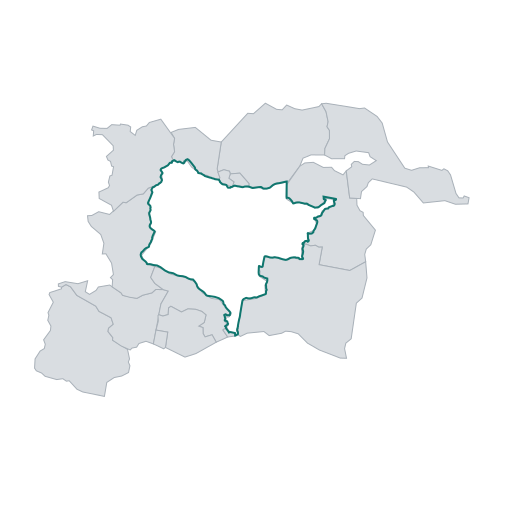 Democratic Republic of the Congo highlighted among its neighbors, rotated 280°
{"feature_id": "COD", "entity_name": "Democratic Republic of the Congo", "entity_type": "country or territory", "adm_level": 0, "iso_a3": "COD", "parent_name": "Africa", "parent_adm1": "", "projection": "robinson", "projection_center": [23.721, -4.071], "detail": "fine", "context": "with_neighbors", "style": "outline", "palette": "teal", "viewbox_px": 512, "rotation_deg": 280, "n_neighbors": 14, "source": "natural_earth", "source_scale": "50m", "svg_char_len": 12734}
<svg xmlns="http://www.w3.org/2000/svg" viewBox="0 0 512 512"><g transform="rotate(280 256 256)"><path d="M362.2,202.0L395.1,223.1L395.7,228.8L408.1,238.7L404.0,250.8L404.5,256.4L410.0,260.0L407.8,268.5L407.7,276.1L414.1,292.0L417.3,294.2L410.3,299.9L400.8,303.7L395.6,303.5L392.5,306.5L384.2,308.0L373.9,305.2L367.4,306.0L365.1,292.6L360.5,285.3L352.0,283.5L334.6,274.7L329.9,262.3L324.9,256.8L323.2,251.1L324.1,246.0L322.6,236.9L326.1,236.5L334.8,225.7L332.4,216.4L334.9,215.2L335.4,209.4L332.0,203.8L335.0,202.6L362.2,202.0Z" fill="#d9dde1" stroke="#a8b0b8" stroke-width="1"/><path d="M91.4,131.1L92.0,109.0L93.7,102.8L100.7,93.7L99.8,91.0L101.6,87.1L99.7,81.2L100.9,69.2L103.5,65.2L104.8,59.6L107.1,57.4L116.3,56.3L124.9,59.9L128.1,63.6L132.5,63.8L136.6,61.4L147.0,66.5L151.4,66.2L156.5,62.1L161.6,62.3L164.1,61.0L175.3,64.4L182.1,58.9L184.2,59.3L189.9,70.1L191.5,69.9L194.9,73.8L193.4,78.8L186.1,86.4L178.8,106.9L174.2,111.0L170.0,124.0L164.0,127.3L159.2,123.3L155.9,123.4L150.7,129.2L148.2,129.3L141.7,145.7L132.7,149.3L129.4,148.7L126.0,150.9L119.1,150.7L114.5,144.6L111.7,137.5L105.6,131.0L91.4,131.1Z" fill="#d9dde1" stroke="#a8b0b8" stroke-width="1"/><path d="M194.2,66.2L197.6,72.5L197.8,85.5L202.4,94.5L191.2,94.1L189.3,98.7L194.4,104.5L198.1,106.1L202.0,117.0L196.2,129.6L194.1,131.4L193.6,146.1L197.7,151.2L201.6,159.9L205.6,163.0L206.8,170.4L206.2,175.7L192.3,170.7L151.6,170.2L152.9,162.4L149.5,155.9L145.5,154.3L143.8,149.9L141.6,148.4L144.0,138.8L148.2,129.3L150.7,129.2L155.9,123.4L159.2,123.3L164.0,127.3L170.0,124.0L174.2,111.0L178.8,106.9L186.1,86.4L193.4,78.8L194.9,73.8L191.5,69.9L191.8,66.7L194.2,66.2Z" fill="#d9dde1" stroke="#a8b0b8" stroke-width="1"/><path d="M305.5,141.2L302.6,142.2L290.5,141.0L283.2,144.5L279.8,142.4L270.1,147.3L266.2,146.3L262.4,153.0L249.5,150.1L236.9,143.2L232.2,146.3L228.8,151.3L228.1,158.2L216.6,156.0L211.4,161.2L206.8,170.4L205.6,163.0L201.6,159.9L197.7,151.2L193.6,146.1L193.4,139.0L194.1,131.4L196.2,129.6L200.6,119.7L207.8,118.9L209.4,116.4L213.0,118.8L223.9,115.0L232.1,107.8L231.3,104.3L242.1,104.0L250.2,99.4L256.5,88.7L260.9,84.7L266.4,83.1L267.4,87.3L272.3,93.4L271.5,104.6L285.9,115.7L285.9,118.9L295.4,128.3L297.6,134.2L304.1,138.1L305.5,141.2Z" fill="#d9dde1" stroke="#a8b0b8" stroke-width="1"/><path d="M228.1,158.2L227.5,164.1L223.2,175.5L222.6,189.8L220.9,196.8L219.9,200.0L210.3,209.8L206.5,219.3L206.8,227.4L194.5,241.6L191.2,239.8L190.7,237.0L185.9,236.9L183.0,240.7L177.4,236.3L171.3,242.2L164.2,231.8L170.8,226.4L167.5,219.9L170.4,217.4L176.3,216.2L177.0,211.8L181.6,216.6L189.3,217.0L192.0,212.3L193.0,205.8L192.1,198.1L187.9,192.3L191.7,180.9L189.6,178.9L183.1,179.7L180.7,174.7L181.3,170.4L192.3,170.7L206.2,175.7L206.8,170.4L211.4,161.2L216.6,156.0L228.1,158.2Z" fill="#d9dde1" stroke="#a8b0b8" stroke-width="1"/><path d="M165.7,170.4L175.1,171.1L180.3,169.8L181.3,170.4L180.7,174.7L183.1,179.7L189.6,178.9L191.7,180.9L187.9,192.3L192.1,198.1L193.0,205.8L192.0,212.3L189.3,217.0L181.6,216.6L177.0,211.8L176.3,216.2L170.4,217.4L167.5,219.9L170.8,226.4L164.2,231.8L149.5,213.8L144.1,203.6L150.2,182.7L165.7,182.3L165.7,170.4Z" fill="#d9dde1" stroke="#a8b0b8" stroke-width="1"/><path d="M151.6,170.2L165.7,170.4L165.7,182.3L150.2,182.7L148.6,181.2L151.6,170.2Z" fill="#d9dde1" stroke="#a8b0b8" stroke-width="1"/><path d="M331.2,273.7L352.0,283.5L356.1,287.9L358.2,296.2L354.9,306.9L356.5,315.0L353.7,318.4L351.0,327.6L355.5,330.1L329.4,338.2L330.1,345.2L323.6,346.6L318.7,350.5L317.6,353.9L314.5,354.7L302.2,369.1L287.0,367.1L282.0,363.4L276.5,362.8L269.4,365.0L258.0,350.9L258.4,319.6L276.3,319.7L275.6,316.3L276.9,312.6L275.4,308.0L276.4,303.2L275.4,300.2L278.4,300.4L278.9,303.5L288.4,304.1L291.3,308.6L298.2,310.0L303.5,306.9L305.4,312.0L312.0,313.4L318.7,323.0L325.3,323.1L324.7,312.5L322.3,314.3L313.9,308.7L316.6,287.2L314.7,282.8L317.2,276.5L319.5,275.4L331.2,273.7Z" fill="#d9dde1" stroke="#a8b0b8" stroke-width="1"/><path d="M367.4,306.0L373.9,305.2L384.2,308.0L392.5,306.5L395.6,303.5L400.8,303.7L410.3,299.9L417.3,294.2L418.6,298.6L419.1,332.4L420.6,337.2L414.4,351.1L408.8,357.2L391.1,365.7L368.3,387.3L367.4,394.3L371.3,401.8L372.9,410.5L374.5,410.0L372.6,424.2L374.5,425.9L373.2,430.0L369.6,433.5L352.3,442.1L348.5,445.8L349.1,449.9L351.3,450.6L350.4,455.7L344.1,455.7L341.6,443.4L343.3,432.4L337.3,411.6L346.4,400.4L350.0,392.4L352.1,357.1L347.7,353.9L343.6,353.2L337.8,348.7L330.6,348.9L329.4,338.2L355.5,330.1L360.5,334.8L362.8,333.9L366.2,336.4L366.7,340.4L364.8,344.9L365.3,351.9L370.8,357.9L373.6,351.1L377.3,349.0L376.8,336.4L373.2,329.3L370.2,326.1L367.2,326.3L364.9,313.5L367.4,306.0Z" fill="#d9dde1" stroke="#a8b0b8" stroke-width="1"/><path d="M180.7,239.7L177.6,241.8L175.9,248.6L173.7,249.6L171.3,242.2L177.4,236.3L180.7,239.7ZM174.9,252.7L184.1,250.4L209.7,250.5L214.3,263.7L219.7,272.0L228.3,269.9L233.0,271.2L236.5,263.1L241.9,262.7L242.3,261.0L246.8,260.9L246.0,264.5L256.5,264.4L256.7,270.6L258.4,274.4L257.2,280.3L257.8,286.4L260.7,290.0L260.3,301.7L271.5,299.6L275.4,300.2L276.4,303.2L275.4,308.0L276.9,312.6L275.6,316.3L276.3,319.7L258.4,319.6L258.0,350.9L269.4,365.0L253.7,369.1L233.0,367.7L227.0,363.0L191.0,364.1L185.8,359.6L180.2,359.3L171.0,362.9L170.1,356.7L174.4,334.8L179.1,321.9L186.7,311.1L187.6,303.8L187.1,298.2L184.4,294.7L179.9,282.8L183.0,276.9L178.5,260.8L174.1,254.6L174.9,252.7Z" fill="#d9dde1" stroke="#a8b0b8" stroke-width="1"/><path d="M332.4,216.4L334.8,225.7L326.1,236.5L322.6,236.9L322.0,225.1L319.8,220.6L325.1,221.4L327.8,215.8L332.4,216.4Z" fill="#d9dde1" stroke="#a8b0b8" stroke-width="1"/><path d="M362.2,202.0L335.0,202.6L326.8,206.9L324.7,205.9L324.8,198.4L326.8,194.7L327.3,186.8L332.4,177.1L338.5,171.0L335.0,169.6L335.5,158.1L339.1,155.5L344.6,157.7L351.6,155.4L357.7,155.4L363.0,150.9L367.2,157.7L372.1,173.9L362.2,191.6L362.2,202.0Z" fill="#d9dde1" stroke="#a8b0b8" stroke-width="1"/><path d="M332.0,203.8L335.4,209.4L334.9,215.2L332.4,216.4L327.8,215.8L325.1,221.4L319.8,220.6L322.2,208.6L324.7,205.9L326.8,206.9L332.0,203.8Z" fill="#d9dde1" stroke="#a8b0b8" stroke-width="1"/><path d="M335.5,158.1L327.9,151.6L325.8,147.4L314.6,150.5L310.8,149.3L304.1,138.1L297.6,134.2L295.4,128.3L285.9,118.9L285.9,115.7L275.2,107.9L280.9,104.9L285.4,91.6L291.7,90.2L297.6,98.7L300.0,99.5L303.1,97.8L309.4,98.2L310.6,100.2L319.2,100.2L319.5,98.2L323.9,96.3L324.8,93.5L328.1,91.4L335.4,97.2L339.8,96.2L348.8,83.7L348.0,77.7L345.9,74.9L351.1,74.4L351.6,72.2L355.6,72.9L354.7,80.1L355.8,87.2L360.3,91.1L361.2,99.4L362.4,99.6L362.6,107.2L361.3,110.2L356.7,110.5L353.8,116.1L359.1,116.8L363.5,121.6L365.0,125.5L369.0,127.8L374.2,138.5L357.7,155.4L351.6,155.4L344.6,157.7L339.1,155.5L335.5,158.1Z" fill="#d9dde1" stroke="#a8b0b8" stroke-width="1"/><path d="M334.7,273.3L319.3,275.9L318.6,276.1L318.9,277.2L318.8,278.3L318.4,279.1L317.7,280.1L316.7,281.3L316.2,281.9L314.3,283.4L314.3,283.9L315.5,286.2L316.0,287.9L316.3,289.4L316.1,294.1L316.0,294.9L316.4,296.5L316.3,297.6L315.5,298.9L315.2,300.2L314.2,304.4L313.8,305.6L314.5,307.7L314.9,308.9L315.7,309.8L317.4,311.2L318.0,311.9L319.9,314.1L322.3,314.7L323.0,315.0L323.5,314.8L323.7,314.5L323.7,313.8L323.6,313.3L323.7,313.0L324.2,312.7L325.3,312.7L325.8,312.3L326.2,312.2L326.1,324.2L326.1,324.4L326.0,324.9L325.5,325.0L324.9,324.6L324.7,323.5L324.4,323.1L324.1,323.0L323.4,323.2L322.6,323.7L321.5,324.2L321.0,324.5L320.2,324.4L319.4,324.2L318.8,323.6L318.6,322.7L317.3,320.4L316.5,319.2L316.0,319.1L315.4,318.9L315.1,318.0L314.8,316.8L314.3,315.8L313.8,315.5L309.5,313.5L308.6,313.5L307.6,313.3L307.0,312.9L306.7,312.6L305.7,310.2L304.1,308.6L303.8,306.8L303.5,306.6L302.9,306.7L302.5,306.9L301.7,309.7L301.5,309.9L301.1,310.2L300.6,310.4L299.8,310.5L298.6,310.4L296.4,310.0L293.7,309.6L292.8,309.3L292.2,308.9L290.2,308.2L289.2,308.3L288.8,307.8L288.4,307.5L287.8,307.0L287.6,306.3L287.3,304.9L287.4,304.1L287.6,303.2L287.3,303.0L287.0,303.0L286.4,303.3L283.8,303.8L282.0,304.3L280.7,305.2L280.2,305.3L279.5,305.0L279.1,304.5L279.5,304.0L279.6,303.4L279.4,302.2L279.0,301.6L277.8,301.2L277.4,301.1L277.2,300.4L276.9,299.8L275.9,299.6L275.6,299.8L275.4,300.3L275.3,300.7L274.8,301.0L273.6,301.0L272.4,300.7L271.6,300.6L271.0,300.6L268.9,301.6L268.2,301.7L266.0,301.7L264.7,301.5L263.8,301.4L263.1,301.7L262.3,302.4L261.6,302.8L261.3,302.8L260.9,302.1L260.8,301.0L260.5,299.8L260.7,299.2L261.3,298.8L261.6,297.8L261.4,296.5L261.3,295.5L261.5,294.9L261.3,293.6L260.6,291.4L259.7,289.7L258.5,288.3L257.7,287.0L257.3,285.8L257.4,282.9L258.1,278.2L258.0,274.7L257.2,272.5L257.0,270.0L257.4,267.4L257.5,265.7L257.2,264.8L257.0,264.6L256.7,264.5L251.9,264.3L246.8,264.3L246.4,263.9L246.2,263.3L246.2,262.7L246.7,260.9L246.6,260.7L245.7,260.7L240.5,261.4L238.6,261.9L237.4,262.9L237.1,264.3L237.1,265.4L237.0,266.2L236.5,267.0L236.1,268.0L235.8,271.0L234.1,271.4L232.4,271.4L232.0,271.3L229.9,270.7L229.1,270.7L228.4,271.1L225.9,271.6L224.6,272.4L224.3,272.4L223.5,272.0L222.3,272.1L220.6,272.3L220.2,272.1L217.7,267.7L216.9,266.1L216.1,265.1L215.4,264.1L215.1,263.1L215.2,262.1L214.8,260.9L213.9,259.3L213.3,257.8L213.0,256.3L212.9,255.1L213.1,254.1L212.9,253.3L212.4,252.8L212.1,252.2L211.5,251.4L210.6,250.7L209.6,250.4L204.5,250.4L196.0,250.5L195.2,250.6L192.9,250.6L190.5,250.4L187.4,250.3L186.4,250.3L184.0,250.3L183.8,250.3L183.4,250.5L182.4,250.3L181.4,250.4L180.8,250.1L179.6,250.3L179.0,250.5L178.0,251.3L176.6,251.7L176.1,251.7L175.7,251.6L174.9,250.7L174.2,249.8L174.0,249.3L174.3,249.2L176.3,248.9L176.5,248.7L176.6,246.0L176.6,243.3L176.3,243.0L176.0,242.7L177.2,241.6L177.9,240.9L179.3,239.3L181.2,238.4L181.4,238.3L181.5,237.9L181.9,238.0L182.6,239.0L184.0,240.2L184.3,240.3L185.5,239.5L186.5,239.1L186.7,238.8L186.8,238.1L187.0,236.5L187.5,236.3L188.1,236.5L188.4,236.8L188.9,236.8L189.8,236.1L190.6,236.0L191.4,235.5L192.2,235.0L192.5,235.0L193.3,236.1L193.3,236.4L192.6,237.8L192.9,238.7L193.0,240.2L193.4,240.5L193.7,240.4L194.3,240.4L194.9,240.7L195.6,240.7L196.2,240.3L197.3,239.0L199.0,236.6L200.4,235.0L201.5,234.4L202.3,233.7L202.7,232.9L203.3,232.3L204.6,231.9L205.7,231.4L206.7,229.7L208.0,226.7L208.6,222.5L208.4,215.1L208.6,214.1L209.1,213.4L210.5,212.0L211.4,210.8L212.1,209.4L213.5,206.2L214.4,204.7L215.2,203.9L216.3,203.1L217.8,202.5L220.1,200.3L221.9,198.1L221.7,195.4L222.1,193.2L223.1,190.4L223.4,187.4L223.1,184.2L223.2,181.7L224.6,177.6L224.7,175.8L224.7,172.9L225.9,168.9L228.4,163.9L229.5,160.2L229.3,156.5L229.6,153.8L229.5,152.2L229.1,150.8L229.3,149.9L230.2,149.6L231.4,148.2L233.4,144.5L235.6,142.8L237.2,142.2L238.8,142.3L239.8,142.6L240.3,143.2L241.5,144.0L243.5,145.2L244.9,146.6L245.7,148.0L246.3,148.8L247.1,149.0L248.4,148.9L249.8,149.3L251.3,150.0L252.2,150.3L252.5,150.1L253.2,150.3L254.8,150.9L256.1,150.5L258.1,150.8L262.5,152.0L262.9,151.7L263.2,151.3L264.2,148.9L265.0,147.5L265.4,147.0L266.4,146.2L267.5,146.0L268.5,146.1L270.2,146.8L271.1,146.8L272.1,146.4L273.4,145.7L274.9,145.3L276.1,144.8L279.0,143.5L280.0,143.4L282.8,144.2L284.7,143.6L285.5,143.8L287.0,143.2L287.3,142.9L288.4,141.0L289.4,140.4L291.1,140.7L295.1,141.8L299.1,142.6L300.7,142.9L301.1,142.7L302.4,141.7L302.9,141.5L303.2,141.5L305.7,142.4L306.1,143.1L306.5,143.8L308.0,145.0L308.5,145.7L309.1,147.0L309.5,147.4L310.2,147.7L310.8,148.1L311.1,148.6L311.6,149.1L312.6,149.9L313.6,150.0L314.1,150.2L314.6,150.1L315.5,149.6L316.5,148.8L317.2,148.3L319.1,148.5L320.1,148.9L320.9,149.5L321.6,149.5L322.9,148.4L323.7,147.3L324.4,147.1L325.5,147.5L326.4,148.6L327.2,150.1L328.5,151.6L330.0,153.5L331.9,154.5L332.7,154.9L333.0,155.4L333.1,156.0L333.1,156.7L333.4,157.0L334.4,156.8L334.9,157.0L335.2,157.5L335.6,158.3L336.1,158.6L336.2,159.1L335.5,160.4L335.1,161.5L334.8,162.7L335.4,163.5L335.6,163.8L335.7,164.2L335.7,164.7L335.0,166.3L334.6,167.8L334.6,168.5L335.5,169.1L336.7,169.0L337.0,169.4L337.4,169.9L337.7,170.2L338.2,170.1L338.5,170.3L338.7,170.7L339.4,171.6L339.2,172.1L339.2,172.6L338.4,173.8L336.5,176.1L332.5,180.5L331.1,181.0L330.4,181.8L329.9,183.1L328.7,184.2L327.8,184.6L327.7,184.9L327.7,186.0L327.8,187.8L327.3,188.5L326.4,191.0L326.2,191.2L325.9,191.7L325.7,193.3L325.6,193.8L325.2,197.0L325.3,197.9L324.9,199.5L324.9,200.4L324.8,201.4L324.5,202.3L324.7,206.3L324.3,206.5L323.7,207.1L323.1,207.5L322.7,207.6L321.3,209.6L320.9,210.5L320.8,211.0L320.9,213.6L320.8,214.3L320.6,214.6L318.6,216.3L318.4,216.7L318.7,217.8L318.7,218.6L318.9,219.0L319.7,219.4L319.8,220.2L321.0,221.7L321.6,222.7L321.6,223.5L321.4,225.8L321.5,226.9L321.4,230.4L321.5,231.1L322.5,233.0L322.9,235.0L323.1,236.4L323.1,236.9L322.4,240.2L322.4,240.9L322.6,241.7L323.7,245.0L324.3,246.8L324.7,248.3L324.8,249.0L324.7,249.5L323.8,251.3L323.7,251.9L324.0,253.4L324.2,254.8L325.7,257.8L326.5,258.5L327.9,259.6L329.1,260.7L330.0,261.9L330.9,263.5L331.4,264.9L331.7,266.1L334.4,272.4L334.7,273.3Z" fill="none" stroke="#0f766e" stroke-width="2"/></g></svg>